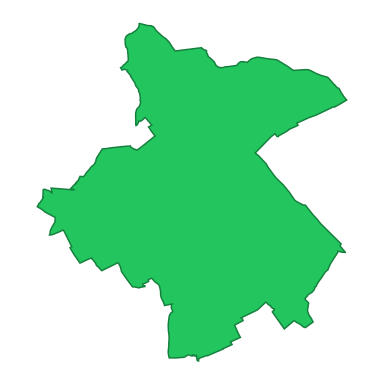 the district of Danesti, Vaslui, Romania
{"feature_id": "2599482B3410244555477", "entity_name": "Danesti", "entity_type": "district", "adm_level": 2, "iso_a3": "ROU", "parent_name": "Romania", "parent_adm1": "Vaslui", "projection": "equal_earth", "projection_center": [27.662, 46.845], "detail": "fine", "context": "isolated", "style": "filled", "palette": "green", "viewbox_px": 384, "rotation_deg": 0, "n_neighbors": 0, "source": "geoboundaries", "source_scale": "gbopen_adm2", "svg_char_len": 5889}
<svg xmlns="http://www.w3.org/2000/svg" viewBox="0 0 384 384"><path d="M337.7,252.5L337.9,251.1L341.4,252.1L345.3,252.4L345.3,252.2L340.7,246.8L340.1,245.8L341.0,244.3L341.0,243.8L320.6,223.6L317.4,219.5L312.9,214.7L305.4,205.1L303.3,205.1L300.4,203.6L295.5,200.9L294.4,199.7L289.3,192.2L283.9,185.7L283.7,185.3L280.2,182.0L275.8,177.6L272.9,173.8L271.0,171.2L268.0,167.1L266.3,164.0L258.8,155.9L255.2,153.0L270.9,136.9L275.0,133.7L275.8,134.7L276.1,135.4L277.0,136.4L277.9,136.7L278.2,136.6L278.9,135.7L285.6,132.0L288.5,130.1L288.6,129.5L289.7,129.1L298.0,125.4L297.0,123.1L309.1,117.6L316.1,115.1L333.9,106.6L334.5,107.1L342.7,102.5L346.7,100.0L345.4,98.6L343.7,96.4L340.8,91.9L339.3,88.9L339.0,88.4L336.8,87.5L335.4,85.5L334.0,84.3L328.6,78.2L327.7,77.3L321.4,75.5L316.2,73.5L311.1,70.8L308.6,69.8L306.1,69.6L293.3,70.4L287.4,66.2L280.0,61.7L276.9,59.9L275.4,59.6L268.0,58.8L259.1,57.3L256.8,57.2L252.2,58.6L251.1,59.1L247.2,62.3L242.6,61.6L240.3,61.9L238.4,63.3L236.6,65.5L228.3,66.6L225.2,66.8L223.8,67.4L220.5,67.7L219.2,67.3L218.0,66.9L216.8,66.0L216.0,65.7L215.9,65.1L215.8,64.7L215.2,63.9L214.6,62.5L213.9,61.5L209.7,57.6L208.3,56.8L207.6,54.6L207.2,53.8L206.7,53.3L206.6,53.0L206.5,52.1L206.6,50.9L206.5,50.7L205.6,50.1L205.2,50.0L204.6,50.1L204.2,49.9L201.9,48.3L201.6,47.7L191.8,48.9L189.1,49.3L186.2,49.6L175.2,51.0L172.1,46.8L169.6,42.8L168.9,41.9L166.0,38.8L163.0,36.8L157.9,32.2L155.9,30.2L154.3,27.7L153.4,26.8L151.2,25.7L148.2,25.6L147.2,25.5L145.4,24.9L141.1,23.9L139.2,23.3L139.1,23.0L139.2,24.2L139.1,25.3L138.6,27.2L138.0,28.2L136.7,29.7L136.1,30.4L131.8,33.3L131.0,33.6L129.8,33.7L127.9,34.9L126.2,36.3L125.5,37.9L125.1,39.1L125.2,43.8L125.9,47.0L126.8,47.8L127.6,50.0L128.2,57.5L128.2,60.8L126.7,62.1L125.0,64.1L123.8,65.0L123.5,65.1L122.7,66.1L121.7,67.2L120.6,67.6L121.9,70.0L122.7,70.0L123.8,69.2L126.4,69.9L127.5,70.5L127.7,70.9L127.1,71.6L128.7,73.0L129.3,74.1L129.7,74.6L130.6,75.0L130.6,76.2L130.9,77.0L131.5,77.6L133.1,80.3L134.4,82.1L135.2,83.8L135.7,85.7L138.4,89.2L138.5,90.0L138.6,91.2L139.6,93.2L139.7,94.0L139.9,94.6L140.2,96.7L140.3,99.1L140.0,100.5L140.6,101.8L140.5,102.9L139.5,106.2L138.4,107.3L137.8,108.2L137.0,108.8L136.5,110.0L135.7,112.8L135.6,117.0L135.8,120.3L135.7,123.5L135.9,124.8L135.9,125.5L136.3,125.5L136.7,125.3L137.9,123.7L138.2,122.6L138.7,122.0L138.7,121.1L139.4,120.9L140.6,121.2L142.0,120.3L145.2,117.5L151.8,125.1L148.5,127.0L149.3,128.0L151.0,130.7L155.0,136.0L141.3,147.0L138.0,149.4L136.7,150.1L135.7,149.5L133.6,148.9L132.9,148.3L131.3,147.6L130.8,147.0L130.4,145.9L129.7,146.1L126.3,146.2L112.1,147.7L108.6,148.2L107.8,148.4L102.3,148.9L96.8,157.6L96.1,159.4L95.9,160.8L94.9,163.1L95.0,163.2L94.0,164.5L90.8,167.3L89.5,169.2L86.7,172.3L85.8,173.5L84.8,175.2L83.6,176.6L80.0,176.4L79.7,177.3L79.4,177.6L79.3,178.1L79.1,178.4L79.1,178.7L78.6,179.3L78.7,179.5L78.5,180.1L78.3,180.3L78.3,180.6L78.1,180.9L77.8,180.9L77.7,181.2L77.3,181.3L75.6,183.1L76.2,183.6L74.6,184.5L72.5,186.6L71.3,188.0L70.6,188.7L70.8,188.8L74.0,189.5L73.9,189.9L51.1,188.1L52.1,192.7L50.5,191.9L50.3,191.4L49.8,191.2L49.1,190.7L48.4,190.4L47.5,190.4L45.4,189.5L44.6,189.3L44.2,189.2L43.7,189.4L43.3,189.6L43.0,190.1L43.1,190.8L43.2,191.8L43.0,192.9L43.0,196.2L42.7,196.8L42.9,197.4L43.4,197.6L39.9,202.8L39.0,203.4L37.3,206.7L42.0,209.5L45.0,212.0L55.1,217.4L55.2,219.0L54.9,220.4L55.1,221.8L52.0,227.0L50.7,229.7L50.4,230.6L49.9,233.9L49.5,235.0L51.9,234.8L54.6,233.8L61.2,231.0L63.1,230.0L64.1,231.3L71.8,246.8L70.0,247.6L70.5,248.6L73.8,254.2L80.0,263.1L85.4,260.6L88.3,259.2L90.1,258.6L91.7,257.9L92.0,258.5L92.1,259.1L92.4,259.5L93.7,260.5L93.8,261.1L94.1,261.4L94.4,261.6L94.8,262.0L94.9,262.4L95.6,263.2L95.6,263.7L96.1,264.3L96.3,265.1L97.0,266.0L97.3,266.1L99.2,267.9L100.1,269.1L101.4,270.2L101.7,270.7L118.0,262.7L118.9,264.0L120.2,266.4L120.4,267.4L120.8,268.4L121.3,270.8L121.9,272.2L127.0,279.5L132.5,286.8L132.9,287.0L134.8,286.8L135.8,287.3L137.3,287.4L138.5,287.9L141.7,287.1L144.9,286.5L144.9,285.9L144.7,285.7L142.9,286.0L142.9,284.6L142.7,283.9L143.0,283.7L144.5,283.5L148.6,281.4L148.7,281.1L148.2,279.7L148.3,279.6L151.5,278.3L152.3,278.9L155.1,282.0L157.9,284.0L158.9,284.9L159.4,286.1L160.0,288.4L160.6,291.8L160.6,294.0L160.7,295.5L161.1,297.3L162.8,301.1L163.3,301.8L164.2,304.2L164.5,305.5L172.1,304.0L171.5,305.5L171.3,306.6L171.3,307.4L171.5,308.4L172.5,310.6L172.6,311.1L172.6,311.7L172.3,312.0L171.6,312.4L170.7,313.2L169.8,314.7L169.4,315.6L169.1,317.1L168.5,321.4L168.5,322.3L168.2,324.8L168.4,330.5L169.0,335.4L169.1,338.5L168.8,343.1L168.8,345.8L168.3,350.3L168.2,352.4L168.3,353.7L169.2,357.9L176.5,357.9L183.6,357.3L184.8,357.0L185.4,356.6L185.9,356.1L187.3,355.5L187.9,355.0L188.4,354.8L190.0,355.3L190.9,355.8L192.0,356.0L192.3,355.9L192.3,355.6L192.5,354.9L193.8,354.9L193.9,355.9L194.1,356.0L194.3,355.9L195.2,356.1L196.3,355.4L196.4,355.7L196.8,356.5L196.6,357.8L196.8,357.9L196.9,358.6L197.1,358.9L197.0,359.4L197.2,359.7L197.0,360.0L197.7,360.8L198.6,361.0L198.6,360.1L199.0,358.4L207.0,355.4L207.4,355.8L222.9,349.1L222.7,348.8L232.1,344.6L231.2,343.0L230.3,342.0L240.4,337.4L238.3,333.5L234.6,325.1L243.1,320.6L242.6,319.2L241.2,317.8L257.5,309.9L265.8,302.2L267.3,303.3L267.6,303.8L268.3,304.6L269.7,305.4L270.4,305.6L270.7,305.9L270.7,306.4L271.3,307.2L272.4,308.2L274.3,308.9L274.3,309.6L272.3,311.9L284.3,328.9L294.0,320.7L294.9,321.1L296.7,322.5L299.1,323.7L300.3,324.4L302.8,326.5L303.7,327.1L305.4,327.6L313.1,322.0L311.3,318.4L309.1,315.2L307.7,311.7L307.5,310.0L308.1,306.7L308.1,305.0L308.7,303.8L308.5,302.9L308.0,302.2L306.1,300.5L304.9,298.8L307.2,296.1L307.5,295.9L307.4,295.5L308.2,294.7L309.0,294.1L311.8,292.5L312.6,291.5L313.5,290.7L314.6,288.9L314.7,287.6L315.2,287.1L316.1,286.5L316.4,286.0L316.6,285.1L316.9,284.5L318.7,281.6L322.3,276.7L323.3,274.9L323.9,274.2L325.3,272.0L328.0,269.7L328.6,267.8L331.0,262.9L337.7,252.5Z" fill="#22c55e" stroke="#15803d" stroke-width="1.5"/></svg>